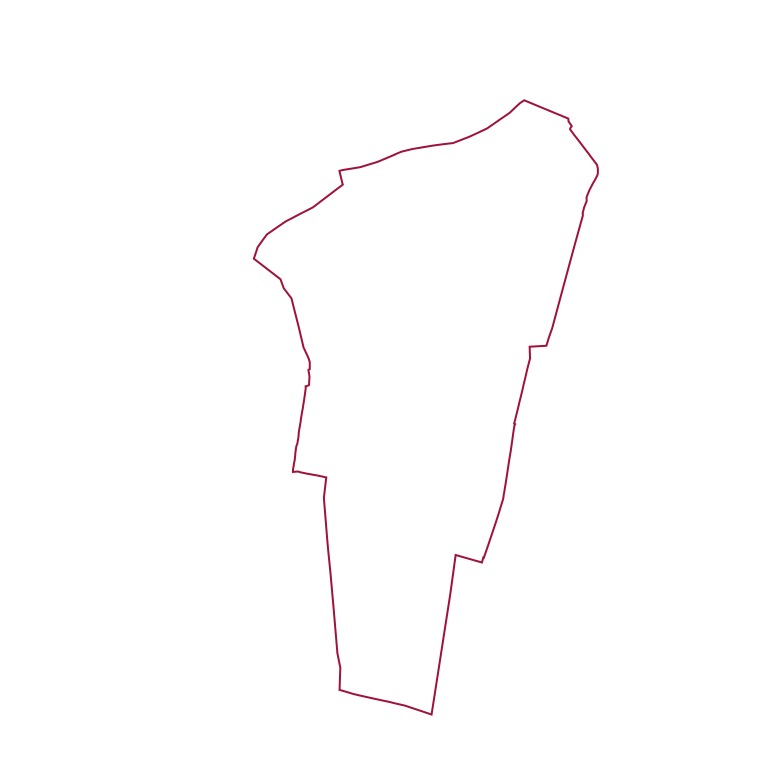 the district of Dichiseni, Calarasi, Romania, rotated 194°
{"feature_id": "2599482B41972871086325", "entity_name": "Dichiseni", "entity_type": "district", "adm_level": 2, "iso_a3": "ROU", "parent_name": "Romania", "parent_adm1": "Calarasi", "projection": "natural_earth1", "projection_center": [27.525, 44.237], "detail": "fine", "context": "isolated", "style": "outline", "palette": "rose", "viewbox_px": 768, "rotation_deg": 194, "n_neighbors": 0, "source": "geoboundaries", "source_scale": "gbopen_adm2", "svg_char_len": 3387}
<svg xmlns="http://www.w3.org/2000/svg" viewBox="0 0 768 768"><g transform="rotate(194 384 384)"><path d="M353.1,76.4L352.4,76.4L346.2,76.2L338.8,75.8L332.2,75.9L316.5,76.3L301.3,76.8L296.9,76.8L291.2,76.9L286.7,77.0L285.5,77.0L280.6,76.6L257.9,74.8L258.0,75.9L258.4,80.4L261.0,109.4L263.0,131.4L265.0,153.4L269.0,197.6L273.1,235.4L245.8,234.5L245.7,239.6L245.1,239.5L243.9,253.0L242.5,270.7L242.0,276.8L241.6,282.9L241.3,287.6L241.2,290.4L241.0,293.7L240.9,295.8L240.7,298.9L240.6,300.9L240.7,303.1L241.0,305.1L241.2,308.7L241.4,310.8L242.0,318.3L244.0,339.5L244.9,350.4L246.0,361.1L246.9,369.4L247.2,372.8L247.4,375.4L247.1,376.2L247.0,376.8L247.9,377.2L248.2,377.2L248.1,379.5L248.1,383.9L248.1,388.6L248.1,393.7L248.2,398.5L248.2,402.8L248.2,406.9L248.2,410.4L248.3,413.7L248.4,417.9L248.4,423.6L248.5,428.1L248.5,429.7L248.6,431.8L248.5,443.6L248.5,444.2L251.7,455.4L235.7,460.4L235.2,469.7L234.3,478.8L233.6,517.2L232.6,566.0L231.8,595.4L232.2,597.2L232.6,597.7L232.5,602.5L232.6,603.4L231.6,610.4L231.7,610.9L232.0,612.0L232.5,613.4L232.6,614.3L232.3,616.8L231.8,620.5L231.3,623.1L229.7,629.6L228.6,633.2L228.1,635.4L227.6,637.4L227.4,638.9L227.6,640.8L228.1,642.9L228.9,645.5L229.7,646.8L230.2,648.0L231.1,648.8L237.2,653.7L239.8,655.8L240.9,656.8L244.0,659.2L250.6,664.5L255.1,668.1L259.1,671.2L264.1,675.3L265.2,676.3L265.0,677.6L265.0,677.8L264.3,679.2L264.2,679.5L265.1,680.5L268.4,683.3L269.3,685.9L269.4,686.1L298.1,690.4L312.0,692.5L316.6,693.2L317.4,692.3L320.1,689.3L322.7,685.3L322.8,685.3L327.6,677.6L335.3,668.9L345.9,656.8L360.8,644.7L375.4,634.4L378.5,633.3L388.1,629.6L394.4,627.1L413.3,618.9L423.3,613.6L427.1,610.8L430.8,607.9L430.7,607.9L444.1,597.9L459.4,588.7L464.0,586.7L475.7,581.7L478.1,580.4L478.8,580.0L476.5,575.5L472.7,568.3L472.2,567.5L476.5,562.2L484.0,552.8L495.8,538.1L507.4,528.0L518.9,517.8L526.4,509.3L533.8,500.8L536.8,493.5L539.7,486.1L540.1,480.1L540.6,474.1L509.8,460.6L507.1,456.6L504.4,452.6L494.5,444.7L480.3,418.2L472.9,403.9L470.9,400.0L466.1,394.1L463.2,390.4L461.3,387.2L461.1,386.3L461.0,386.0L460.6,384.3L460.2,382.7L459.6,380.4L460.1,380.0L460.7,379.6L460.6,379.2L460.6,378.9L459.3,376.1L458.1,373.3L457.3,368.9L456.5,365.0L456.8,364.6L457.2,364.2L457.5,364.0L457.8,363.7L458.6,363.2L459.5,362.8L459.2,361.8L458.9,360.9L458.5,357.1L458.1,353.4L457.6,348.4L457.2,343.5L457.0,341.3L456.8,339.0L456.7,336.8L456.5,334.5L456.4,333.2L456.2,330.8L456.1,329.7L456.1,329.2L455.9,328.1L455.7,326.9L455.7,325.9L455.6,324.8L455.5,323.5L455.4,322.2L455.3,320.6L455.2,319.1L455.1,317.7L455.0,316.3L454.8,315.7L454.6,315.1L454.6,314.2L454.5,313.4L454.3,312.8L454.2,312.2L453.7,305.7L453.7,305.3L453.7,304.8L453.8,304.3L453.8,303.8L453.9,303.3L454.0,302.9L453.9,301.3L453.8,299.8L453.6,298.5L453.5,297.1L453.2,294.9L452.8,292.7L452.6,291.2L452.4,289.6L452.3,289.1L452.2,288.7L452.2,286.8L452.1,284.9L451.9,283.4L451.8,281.9L451.7,280.5L451.6,279.0L451.4,278.2L451.2,277.5L451.2,277.1L451.2,276.8L451.1,276.6L448.6,277.5L446.2,278.3L444.8,278.2L443.5,278.1L441.8,278.2L440.1,278.3L439.1,278.3L438.0,278.3L432.4,278.7L426.7,279.1L423.9,279.2L421.1,279.3L419.6,279.3L418.2,279.3L417.4,279.4L416.8,274.5L416.2,269.9L414.8,259.0L408.0,238.8L401.2,218.6L397.2,207.1L393.1,195.7L390.4,188.2L387.8,180.7L378.2,152.9L366.4,118.3L364.1,111.5L360.9,104.8L357.7,98.0L354.3,81.9L353.1,76.6L353.1,76.4Z" fill="none" stroke="#9f1239" stroke-width="2"/></g></svg>